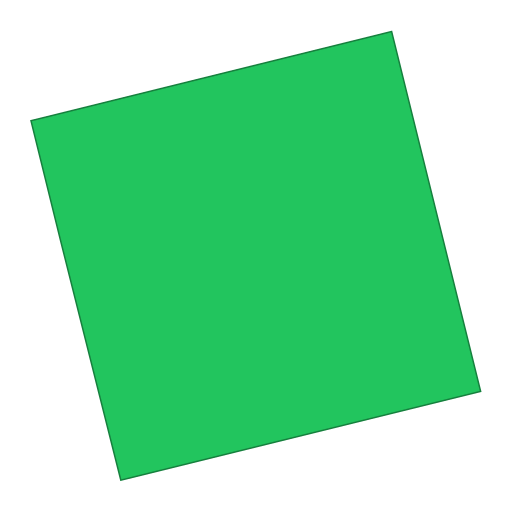 Seward, Nebraska, United States of America (Equal Earth projection), rotated 166°
{"feature_id": "52423323B50474680462759", "entity_name": "Seward", "entity_type": "district", "adm_level": 2, "iso_a3": "USA", "parent_name": "United States of America", "parent_adm1": "Nebraska", "projection": "equal_earth", "projection_center": [-97.107, 40.872], "detail": "fine", "context": "isolated", "style": "filled", "palette": "green", "viewbox_px": 512, "rotation_deg": 166, "n_neighbors": 0, "source": "geoboundaries", "source_scale": "gbopen_adm2", "svg_char_len": 250}
<svg xmlns="http://www.w3.org/2000/svg" viewBox="0 0 512 512"><g transform="rotate(166 256 256)"><path d="M70.1,441.0L439.7,441.7L441.6,441.7L441.9,318.2L441.4,71.2L70.8,70.3L70.1,441.0Z" fill="#22c55e" stroke="#15803d" stroke-width="1.5"/></g></svg>